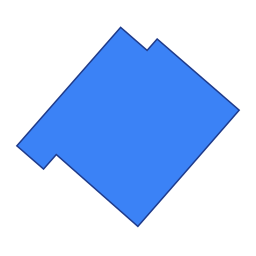 Calhoun, Iowa, United States of America (Robinson projection), rotated 311°
{"feature_id": "52423323B65243401822289", "entity_name": "Calhoun", "entity_type": "district", "adm_level": 2, "iso_a3": "USA", "parent_name": "United States of America", "parent_adm1": "Iowa", "projection": "robinson", "projection_center": [-94.625, 42.385], "detail": "fine", "context": "isolated", "style": "filled", "palette": "blue", "viewbox_px": 256, "rotation_deg": 311, "n_neighbors": 0, "source": "geoboundaries", "source_scale": "gbopen_adm2", "svg_char_len": 281}
<svg xmlns="http://www.w3.org/2000/svg" viewBox="0 0 256 256"><g transform="rotate(311 128 128)"><path d="M214.4,200.2L214.3,91.6L199.1,91.5L199.1,56.4L41.6,55.8L41.6,91.2L60.9,91.3L60.2,200.0L137.0,200.2L214.4,200.2Z" fill="#3b82f6" stroke="#1e3a8a" stroke-width="1.5"/></g></svg>